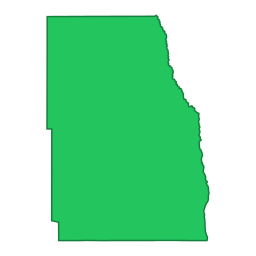 Richland, North Dakota, United States of America
{"feature_id": "52423323B46553352512273", "entity_name": "Richland", "entity_type": "district", "adm_level": 2, "iso_a3": "USA", "parent_name": "United States of America", "parent_adm1": "North Dakota", "projection": "mercator", "projection_center": [-96.692, 46.284], "detail": "fine", "context": "isolated", "style": "filled", "palette": "green", "viewbox_px": 256, "rotation_deg": 0, "n_neighbors": 0, "source": "geoboundaries", "source_scale": "gbopen_adm2", "svg_char_len": 3383}
<svg xmlns="http://www.w3.org/2000/svg" viewBox="0 0 256 256"><path d="M47.2,16.6L47.2,44.6L47.0,128.9L51.8,129.0L51.7,220.7L58.6,222.2L58.7,240.6L77.3,240.6L83.3,240.5L86.6,240.4L105.2,240.6L109.5,240.6L109.9,240.5L133.2,240.5L153.1,240.5L156.1,240.4L176.2,240.4L180.8,240.5L185.5,240.5L190.1,240.6L194.7,240.6L197.2,240.6L199.4,240.6L204.0,240.6L206.9,240.6L207.2,240.0L207.4,237.3L207.3,236.6L206.7,235.8L205.4,231.5L205.0,226.2L205.0,223.2L204.7,219.1L204.6,218.4L204.2,217.3L204.6,214.5L204.0,212.8L203.9,212.3L203.7,211.2L204.7,207.7L206.3,203.3L207.5,202.0L207.9,201.1L208.4,199.0L208.5,197.7L208.2,197.0L208.2,196.7L209.0,192.8L208.6,191.9L208.5,188.6L208.2,186.9L207.9,186.1L207.0,185.1L206.5,183.8L206.2,182.9L207.1,182.5L207.1,181.4L205.5,180.0L205.2,179.4L205.5,179.0L205.7,176.9L204.4,173.8L203.9,173.2L203.4,172.4L203.2,171.2L203.8,167.5L203.7,166.5L203.6,165.8L203.2,165.4L202.7,164.9L202.4,164.0L202.5,163.8L202.3,162.9L202.0,162.8L201.8,162.8L201.6,162.5L201.6,162.3L201.6,161.9L201.6,161.5L201.7,161.1L201.6,160.8L201.4,160.3L201.4,158.8L201.6,158.1L201.6,157.0L202.2,156.4L202.3,156.1L202.5,155.2L202.3,154.2L202.2,154.1L201.8,152.3L200.7,149.6L199.8,149.1L199.4,146.6L199.1,142.1L199.2,141.6L200.1,140.9L200.5,140.6L200.8,140.3L201.0,140.1L201.0,139.8L201.0,139.5L200.8,139.3L200.5,139.1L200.1,138.8L200.0,138.3L200.2,137.8L200.2,137.2L200.0,136.7L199.7,136.2L199.1,135.9L198.9,135.5L199.0,135.0L199.5,133.6L199.9,131.3L199.8,130.8L199.2,129.7L199.1,129.2L199.2,128.7L199.7,127.7L199.7,126.3L199.5,125.9L199.0,125.5L198.8,125.0L199.1,124.0L199.0,123.5L198.8,123.1L198.5,121.9L199.2,119.2L199.2,118.6L198.6,116.9L198.9,113.4L198.6,113.2L197.0,112.7L195.5,111.2L194.4,110.3L194.3,109.9L194.8,108.9L194.2,107.9L192.5,107.2L192.3,106.9L192.3,106.2L191.8,105.9L189.8,106.6L188.9,106.5L188.6,106.0L188.3,104.3L188.5,103.5L188.4,103.1L187.5,102.7L186.5,101.9L185.9,100.5L185.8,99.5L184.1,99.2L183.8,98.9L183.3,95.9L183.4,94.2L181.3,89.4L180.8,88.5L180.5,88.4L179.9,88.7L179.2,88.4L179.0,87.9L179.1,87.4L179.0,86.7L177.8,86.3L177.3,85.9L177.2,85.5L177.3,85.0L177.2,84.5L177.0,84.2L176.2,84.3L176.0,83.6L176.0,83.2L176.3,82.4L176.2,81.7L175.8,81.4L175.2,81.3L175.0,81.1L174.9,80.3L174.5,79.5L173.9,79.2L173.1,79.2L172.5,78.6L172.4,78.0L172.5,77.3L172.9,76.5L172.8,75.6L172.7,75.4L172.5,75.2L172.3,74.4L172.4,74.1L173.0,73.5L173.2,71.8L173.0,70.5L172.6,70.1L172.0,68.9L171.8,68.3L171.9,67.8L171.7,67.6L171.5,67.4L171.0,67.2L170.6,66.9L170.5,66.2L168.7,65.4L168.4,65.0L168.4,64.6L168.7,63.8L168.6,63.4L168.2,63.1L168.0,62.5L168.1,61.9L168.8,60.4L169.0,59.5L168.6,59.2L168.1,58.3L168.5,56.9L168.5,56.5L167.9,55.5L168.5,54.2L168.2,52.8L167.9,50.2L167.1,49.1L166.6,47.9L166.6,47.3L167.1,46.6L167.1,46.1L166.5,45.4L166.5,45.2L166.9,44.6L167.0,44.4L166.8,44.0L166.2,43.6L166.6,42.3L166.6,41.9L166.1,40.7L165.8,40.3L165.6,39.7L165.8,39.2L166.1,38.9L166.6,37.2L166.2,34.5L165.8,34.0L165.0,33.8L164.8,33.4L164.7,33.0L164.9,31.9L164.8,31.7L164.2,31.7L163.8,31.5L163.9,30.7L163.6,30.4L162.7,29.9L162.6,29.5L162.7,28.4L162.6,28.1L162.3,27.9L161.7,26.8L160.9,26.7L160.4,26.1L160.4,25.6L160.4,24.9L160.5,24.3L160.4,24.1L159.8,23.7L159.7,23.1L160.0,21.8L159.8,21.4L159.0,20.9L158.9,20.3L159.1,19.9L158.9,19.4L157.8,19.1L157.7,17.9L157.8,17.3L157.8,16.8L157.6,16.6L156.5,15.9L156.2,15.4L154.6,16.3L102.4,16.4L98.0,16.4L47.2,16.6Z" fill="#22c55e" stroke="#15803d" stroke-width="1.5"/></svg>